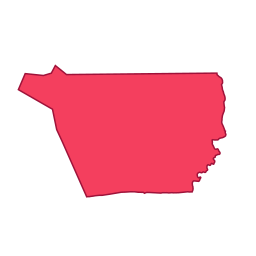 the district of Colonia Valdense, Colonia, Uruguay, rotated 350°
{"feature_id": "84410073B47178985540084", "entity_name": "Colonia Valdense", "entity_type": "district", "adm_level": 2, "iso_a3": "URY", "parent_name": "Uruguay", "parent_adm1": "Colonia", "projection": "orthographic", "projection_center": [-57.146, -34.39], "detail": "fine", "context": "isolated", "style": "filled", "palette": "rose", "viewbox_px": 256, "rotation_deg": 350, "n_neighbors": 0, "source": "geoboundaries", "source_scale": "gbopen_adm2", "svg_char_len": 2765}
<svg xmlns="http://www.w3.org/2000/svg" viewBox="0 0 256 256"><g transform="rotate(350 128 128)"><path d="M225.1,89.4L192.1,83.9L76.7,64.7L67.3,53.9L62.0,60.7L53.8,61.6L36.2,56.6L26.7,71.2L56.9,96.4L57.5,117.2L60.8,129.6L75.4,188.6L76.4,188.6L78.1,188.9L79.6,188.9L81.8,189.0L84.0,189.0L88.1,189.3L90.3,189.7L91.0,189.8L98.7,190.0L110.4,190.1L114.7,190.7L119.3,191.2L123.5,192.0L126.8,193.0L130.3,193.7L131.9,194.0L132.4,194.5L132.8,195.1L135.0,194.7L135.7,194.8L136.3,194.9L136.6,195.0L137.4,195.1L149.1,197.8L150.7,197.7L153.4,198.2L155.2,198.5L156.9,199.0L158.8,199.2L160.0,199.3L161.3,199.7L162.6,199.9L164.3,200.2L165.3,200.3L166.3,200.5L167.7,200.6L176.0,201.2L177.0,201.6L178.5,201.8L179.1,201.9L179.5,201.9L180.0,202.1L181.0,200.6L181.5,199.3L181.7,196.9L181.5,195.8L181.6,194.8L181.7,193.6L182.2,192.5L182.8,191.8L183.6,191.5L185.8,192.1L188.3,192.8L189.1,192.4L189.6,191.6L190.1,190.7L190.7,190.0L191.0,189.7L191.0,189.2L190.8,188.9L190.5,188.8L190.1,189.0L189.2,189.3L188.8,189.2L188.4,188.9L188.1,188.2L188.0,187.2L188.0,186.2L188.2,185.5L188.6,185.0L189.3,184.4L190.2,184.1L190.6,184.0L191.1,184.1L192.2,184.7L192.8,184.9L193.2,184.8L193.6,184.6L194.2,184.3L194.6,184.3L195.4,184.8L196.0,185.1L196.6,185.1L196.9,184.9L197.3,184.4L197.8,183.8L198.3,183.6L198.8,183.4L199.1,183.1L199.2,182.6L199.0,182.0L198.8,181.2L198.9,180.4L199.0,179.9L199.3,178.9L199.8,178.4L200.3,178.1L200.7,178.1L201.0,178.3L201.3,178.6L201.7,178.9L202.2,179.0L202.5,179.0L202.8,178.8L203.2,178.4L203.5,177.9L203.9,177.5L204.4,177.4L205.0,177.8L205.5,178.4L205.8,178.5L206.2,178.4L206.5,178.0L206.8,177.3L207.4,176.7L207.6,176.2L207.7,175.5L207.5,175.0L207.3,174.6L206.9,174.2L206.7,173.7L206.7,173.1L206.9,172.6L207.3,172.3L208.1,172.1L208.7,171.9L209.0,171.4L209.1,170.9L209.3,170.4L209.7,170.2L210.3,170.1L210.9,170.0L211.5,169.7L212.0,169.6L212.7,169.8L213.3,169.8L213.7,169.6L214.1,169.3L214.3,168.5L214.2,167.8L213.9,167.3L213.4,166.2L213.1,164.7L212.7,164.2L212.1,164.0L211.7,164.2L211.0,164.3L210.4,164.1L209.7,163.5L209.4,162.6L209.0,160.9L208.7,159.9L208.3,159.0L208.3,157.7L208.6,156.9L208.7,155.3L208.8,154.4L209.3,154.2L210.5,154.6L211.6,154.9L214.4,155.3L214.7,155.2L215.7,154.4L216.9,154.0L219.6,153.9L221.6,153.3L222.7,152.7L223.3,151.3L222.9,149.5L223.4,148.0L222.9,147.7L222.6,147.0L222.8,146.7L222.8,146.4L222.4,144.5L222.2,143.3L221.8,141.8L221.3,139.9L221.3,138.4L221.7,137.2L222.0,136.3L222.2,135.1L223.2,132.1L224.3,130.1L225.6,128.0L226.2,126.1L226.7,124.4L226.6,123.6L226.6,123.0L226.7,121.0L226.9,118.9L228.4,117.2L228.8,115.4L228.8,113.5L228.4,111.6L228.2,110.3L228.2,109.1L227.7,106.7L227.8,104.1L227.6,101.6L229.0,100.0L229.3,97.5L228.9,95.7L228.2,94.6L226.7,93.3L225.0,91.0L225.1,89.4Z" fill="#f43f5e" stroke="#9f1239" stroke-width="1.5"/></g></svg>